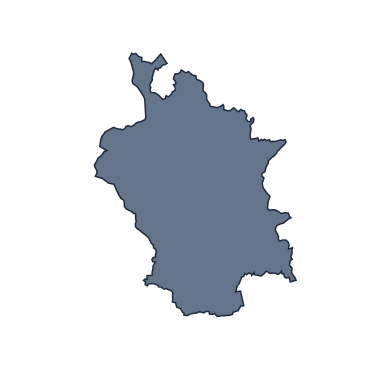 the district of Passo Fundo, Rio Grande do Sul, Brazil, rotated 221°
{"feature_id": "56859067B65204532927466", "entity_name": "Passo Fundo", "entity_type": "district", "adm_level": 2, "iso_a3": "BRA", "parent_name": "Brazil", "parent_adm1": "Rio Grande do Sul", "projection": "robinson", "projection_center": [-52.438, -28.266], "detail": "fine", "context": "isolated", "style": "filled", "palette": "slate", "viewbox_px": 384, "rotation_deg": 221, "n_neighbors": 0, "source": "geoboundaries", "source_scale": "gbopen_adm2", "svg_char_len": 4270}
<svg xmlns="http://www.w3.org/2000/svg" viewBox="0 0 384 384"><g transform="rotate(221 192 192)"><path d="M57.4,194.7L61.1,195.6L64.1,196.5L66.7,200.3L70.3,200.6L72.7,204.1L72.2,207.0L74.9,207.8L76.1,211.1L78.7,214.1L79.7,215.8L81.7,212.3L83.0,213.9L84.2,215.9L86.1,217.0L89.1,217.5L91.8,215.6L93.9,212.3L96.0,213.2L97.4,215.0L99.4,216.0L101.8,216.9L104.3,218.1L105.4,220.1L106.0,222.4L104.2,226.2L102.6,228.3L101.5,234.9L100.4,237.4L102.4,237.5L105.5,239.2L108.4,237.2L110.7,234.1L112.4,234.2L114.4,233.9L117.2,233.2L119.4,231.7L121.1,229.6L122.7,228.7L124.7,229.8L126.2,231.7L128.5,235.4L130.0,239.6L137.4,240.9L141.6,242.1L144.6,244.5L146.9,249.8L150.2,249.8L151.3,252.5L150.2,255.0L152.5,259.3L153.2,263.4L154.8,265.4L154.6,267.7L154.5,270.3L153.8,272.3L153.6,275.6L154.2,278.8L153.9,281.3L154.0,283.7L153.4,288.1L153.8,291.5L156.0,292.6L157.4,290.5L159.4,289.4L160.9,286.8L162.0,285.0L164.5,283.0L165.7,281.5L168.0,282.3L169.5,279.7L171.9,279.4L172.4,277.1L174.0,277.4L175.1,274.3L177.8,276.0L182.1,270.5L184.9,272.2L189.1,278.7L191.8,280.2L191.7,283.0L191.5,285.0L193.0,287.3L194.5,288.3L195.5,285.6L194.0,283.7L196.1,281.9L199.4,282.7L200.9,286.2L203.7,286.6L205.9,287.7L207.6,286.5L209.3,286.4L209.7,282.9L215.9,282.9L216.4,278.9L217.9,276.9L220.1,276.0L222.3,275.1L224.1,277.6L225.9,278.3L226.5,276.0L227.4,273.9L228.3,272.2L229.9,271.3L234.6,268.6L236.1,270.0L237.9,270.5L239.7,270.8L241.6,271.5L243.4,273.4L244.8,275.1L247.5,275.7L249.7,275.6L251.5,277.2L253.4,280.2L255.7,281.7L259.3,281.2L262.5,280.0L265.5,282.3L268.1,280.5L270.6,280.5L273.5,280.7L274.9,277.9L280.1,277.0L279.5,274.3L280.3,271.7L282.2,270.2L281.4,267.3L279.8,264.9L277.1,264.7L275.0,263.0L276.4,260.8L272.6,259.7L271.6,257.5L272.5,254.7L271.7,251.8L272.2,248.4L274.7,247.6L273.5,244.8L274.6,242.9L276.9,242.7L279.7,243.1L283.4,243.0L285.7,242.1L288.3,240.2L290.8,241.6L291.6,243.8L294.2,244.9L295.4,250.5L296.9,251.8L298.8,255.7L300.1,258.6L300.7,261.8L297.7,261.6L298.5,263.3L297.3,265.1L297.5,268.7L296.1,270.0L295.2,272.7L306.1,275.6L306.2,272.4L306.0,268.0L306.5,262.4L309.1,261.8L311.5,260.3L313.9,259.1L315.5,257.7L316.9,259.0L318.2,260.6L320.2,259.5L322.6,259.3L325.4,259.7L326.6,257.3L328.5,257.1L327.0,251.4L324.0,250.3L321.3,248.6L317.9,246.3L315.5,244.8L313.7,243.1L312.3,240.6L311.0,238.1L309.9,236.3L307.6,235.1L305.3,235.3L302.7,235.5L300.1,235.0L294.6,233.5L291.8,232.6L288.9,231.3L286.3,228.8L284.5,226.9L283.0,225.4L281.0,223.3L279.1,221.3L277.8,220.0L276.1,218.3L274.9,215.6L276.0,213.7L276.6,211.7L278.1,210.0L279.3,207.8L279.6,205.5L280.0,203.2L281.4,200.9L283.6,200.3L284.8,198.1L284.3,195.5L285.2,193.3L287.0,192.7L289.0,191.1L291.3,190.1L293.4,189.5L294.6,186.8L295.9,183.2L297.0,180.3L296.6,177.9L296.5,175.2L295.7,172.7L294.4,170.6L293.1,168.4L291.5,165.9L285.5,166.9L283.5,167.3L284.8,164.9L284.3,160.0L285.1,156.0L284.2,152.9L283.4,148.2L281.0,146.9L278.5,146.0L277.0,145.0L276.0,143.4L275.2,140.4L268.5,143.4L260.8,144.0L256.0,146.6L246.0,142.0L241.0,140.5L239.2,141.0L237.2,140.5L233.4,136.7L230.6,136.1L227.9,136.7L224.1,137.7L222.3,137.5L220.2,138.5L217.2,135.2L214.8,133.1L214.0,131.0L212.0,128.8L209.1,128.4L206.8,128.7L198.1,129.0L194.4,128.9L189.4,126.7L186.2,126.3L184.3,124.7L181.8,124.8L180.0,123.8L178.2,120.5L176.7,118.7L178.3,117.2L178.0,114.8L175.9,113.7L173.6,115.1L173.0,111.0L171.2,108.5L169.5,105.4L167.4,102.9L171.1,99.4L168.7,96.5L170.2,95.7L170.6,93.5L167.9,93.5L166.6,91.4L164.2,91.8L164.4,94.3L161.0,97.6L156.7,99.1L154.7,98.6L153.3,99.9L149.1,100.5L148.2,102.2L145.4,102.8L143.7,103.8L140.9,103.7L134.5,96.2L131.9,97.6L130.1,96.5L127.9,95.1L124.2,96.4L120.7,95.2L118.6,95.3L117.3,93.8L115.6,94.8L114.0,96.5L113.4,98.7L109.1,103.9L107.7,106.6L103.6,108.7L103.0,111.2L100.6,113.0L98.7,111.3L96.5,112.7L95.3,115.1L91.3,114.6L89.5,116.5L88.7,118.3L87.1,119.1L85.2,121.2L82.7,123.7L81.2,126.2L82.1,128.2L79.3,132.7L80.4,137.7L78.4,140.2L90.4,149.0L93.7,145.2L94.4,147.4L96.2,150.1L96.3,153.7L97.3,156.7L98.6,160.0L97.6,162.7L98.7,165.2L96.5,165.5L95.9,168.2L93.8,169.2L92.2,168.2L92.2,172.0L90.7,170.5L84.9,173.8L84.1,176.9L83.9,181.1L79.8,181.7L76.8,184.8L73.0,186.3L72.4,188.1L72.6,190.9L70.6,189.3L68.9,190.5L66.8,188.6L64.4,188.9L62.6,191.3L58.8,188.6L55.5,193.6L57.4,194.7Z" fill="#64748b" stroke="#1e293b" stroke-width="1.5"/></g></svg>